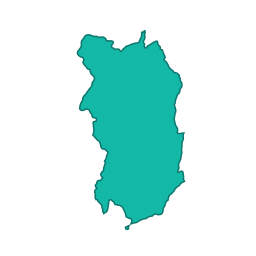 the district of Itinga, Minas Gerais, Brazil, rotated 15°
{"feature_id": "56859067B30106528147122", "entity_name": "Itinga", "entity_type": "district", "adm_level": 2, "iso_a3": "BRA", "parent_name": "Brazil", "parent_adm1": "Minas Gerais", "projection": "equal_earth", "projection_center": [-41.85, -16.599], "detail": "fine", "context": "isolated", "style": "filled", "palette": "teal", "viewbox_px": 256, "rotation_deg": 15, "n_neighbors": 0, "source": "geoboundaries", "source_scale": "gbopen_adm2", "svg_char_len": 5821}
<svg xmlns="http://www.w3.org/2000/svg" viewBox="0 0 256 256"><g transform="rotate(15 128 128)"><path d="M155.6,219.9L156.6,219.3L157.7,218.5L158.6,218.0L159.7,217.6L161.0,216.8L161.9,215.9L162.6,214.9L163.4,214.2L164.3,213.5L165.1,212.8L165.9,212.2L168.2,211.0L169.1,210.7L170.0,209.3L171.3,208.1L172.3,207.6L173.1,207.2L174.1,206.9L174.8,205.9L175.5,204.6L176.6,204.1L177.6,203.9L179.0,204.0L180.1,203.9L180.9,203.4L181.7,203.1L182.5,202.5L183.1,201.4L183.3,199.8L183.2,198.5L182.8,197.2L183.0,196.1L183.3,194.7L183.7,193.7L183.6,192.4L183.7,190.6L184.0,189.2L184.6,188.3L185.4,187.3L185.1,185.9L185.3,184.1L185.1,182.6L186.1,181.5L187.8,178.8L188.5,177.4L189.0,176.0L189.3,174.5L190.0,173.3L190.8,172.0L191.9,170.9L192.7,169.6L193.2,168.1L194.1,166.9L195.4,165.8L196.4,164.9L195.3,163.8L194.7,162.6L194.4,160.9L193.8,159.4L193.1,157.7L192.5,156.4L191.5,155.7L190.5,155.9L189.7,156.6L188.5,157.7L187.5,157.9L187.1,156.9L187.5,155.6L187.7,154.2L187.3,152.9L186.3,150.4L186.3,149.2L186.4,148.1L186.7,146.7L186.7,145.3L187.0,144.0L186.5,141.6L186.5,140.0L186.4,137.9L186.0,136.7L185.0,134.3L185.1,133.2L184.8,131.8L184.5,130.3L184.2,129.2L184.0,127.8L184.1,126.2L184.3,124.7L184.1,123.4L183.6,122.2L183.2,120.9L183.0,119.5L183.3,118.4L182.4,118.6L181.4,119.0L180.5,119.6L179.7,120.0L177.6,120.2L176.8,119.9L176.5,117.0L176.0,115.8L174.0,113.7L173.0,112.8L172.4,111.4L171.6,110.5L171.3,109.3L170.5,108.2L170.0,105.2L169.9,103.4L169.6,101.8L169.9,100.9L169.8,99.6L169.4,98.1L168.6,96.7L168.1,95.8L167.5,94.9L166.8,93.8L166.9,92.5L167.1,91.2L166.8,89.5L166.6,88.3L166.9,87.1L166.9,85.7L167.1,84.2L167.3,82.7L167.9,81.8L168.4,80.8L168.6,79.7L168.4,78.6L168.2,77.2L169.2,74.6L169.1,73.1L168.8,71.8L168.2,70.6L167.4,69.7L166.4,69.1L165.8,67.0L165.0,65.9L164.1,65.2L164.0,63.8L163.2,63.5L162.2,62.8L161.2,62.4L160.2,62.3L159.0,62.3L158.2,62.6L156.8,61.2L155.6,60.8L154.7,60.3L153.7,59.9L152.6,59.2L151.6,58.4L150.9,57.4L150.1,56.4L147.8,54.2L146.9,53.8L145.8,53.4L144.9,52.6L145.4,51.3L145.6,50.3L145.0,49.1L144.0,48.0L143.3,47.1L142.7,46.4L142.1,45.6L141.6,44.8L141.0,43.7L140.0,43.8L138.8,43.5L138.4,41.7L137.7,41.0L136.8,40.5L135.9,39.9L135.1,39.0L134.5,37.8L133.8,36.7L132.6,36.9L131.8,37.7L130.8,38.3L130.2,39.1L129.4,39.9L128.4,40.9L127.5,42.1L126.6,42.9L125.7,43.6L125.3,44.5L125.0,45.8L124.2,46.2L123.2,45.9L122.5,44.6L122.4,43.2L122.0,42.2L121.2,41.9L120.6,41.2L120.5,40.0L120.9,38.5L121.0,36.8L120.6,35.5L120.2,34.4L119.8,33.3L119.9,31.9L119.6,30.5L119.1,29.7L118.4,30.2L118.3,31.4L117.4,31.6L116.4,32.0L116.9,33.1L117.0,34.2L117.2,35.4L117.3,36.9L116.9,38.5L116.7,40.0L116.6,41.4L116.1,42.5L115.4,43.3L113.1,44.1L112.4,44.6L111.5,45.1L110.6,45.7L109.8,46.1L109.1,46.8L108.1,47.6L106.9,48.4L106.0,49.0L105.2,49.5L104.6,50.2L103.9,51.7L102.9,52.8L102.5,54.3L101.7,55.7L100.8,55.9L100.1,55.2L99.4,54.5L98.6,54.3L97.6,54.5L96.4,54.7L95.7,55.2L94.8,55.5L93.8,54.7L92.8,54.7L91.8,54.6L91.0,53.5L90.8,52.3L91.2,51.2L91.6,50.0L91.7,48.9L90.8,48.2L89.9,48.2L88.9,48.3L87.5,48.7L86.2,49.0L84.9,49.4L83.9,48.2L83.0,47.3L82.0,47.0L81.0,46.6L79.9,46.7L79.1,47.0L78.4,47.4L76.5,47.9L75.1,47.8L74.0,47.7L72.8,47.9L71.7,48.3L69.9,48.3L69.0,48.2L68.0,48.0L66.7,48.0L65.7,48.4L64.6,48.6L63.7,49.1L62.6,50.5L62.2,52.1L61.5,53.6L61.0,55.0L60.6,56.5L60.9,58.1L61.4,59.3L61.6,60.8L61.5,62.4L61.0,63.9L60.4,65.1L60.0,66.2L59.8,67.3L59.6,68.6L60.6,70.1L61.7,70.7L63.0,71.3L64.0,71.5L65.1,71.5L66.3,71.8L67.0,72.4L67.6,73.2L67.6,74.6L67.5,76.3L68.4,77.4L70.3,78.9L71.3,79.4L72.1,79.9L72.7,80.6L73.6,81.3L74.8,81.5L75.8,81.5L76.5,82.3L77.2,83.7L78.0,85.0L79.2,85.8L80.3,86.4L81.2,86.8L82.2,87.5L82.7,88.5L82.8,89.8L82.6,91.0L82.2,92.2L81.8,93.3L81.8,94.7L82.0,96.0L81.9,97.4L81.5,98.5L80.9,99.7L80.3,101.0L79.9,102.1L79.5,103.2L79.1,104.2L78.6,105.8L77.8,107.4L77.1,108.5L76.8,109.6L76.7,111.2L76.9,113.2L76.4,115.0L76.0,116.7L75.9,118.0L76.1,120.5L76.3,121.9L77.0,122.5L78.4,123.1L79.6,122.7L80.7,122.3L81.7,121.3L82.5,120.5L83.6,120.4L84.7,120.4L85.6,120.6L86.4,121.4L87.1,122.3L87.8,123.0L88.9,123.6L89.7,124.8L90.3,125.8L90.8,126.6L91.5,127.0L92.6,126.9L94.1,126.7L95.1,127.0L95.4,128.5L95.3,129.7L94.3,130.3L93.1,130.8L92.9,132.0L93.4,132.9L93.8,133.9L94.2,135.4L94.9,137.0L95.5,138.5L95.9,140.0L96.0,141.9L95.8,143.2L96.2,144.3L97.3,144.6L98.5,145.7L99.7,146.3L100.5,146.9L101.5,147.5L102.4,147.9L103.3,148.0L104.0,148.8L104.7,149.7L105.4,150.4L105.9,151.4L106.4,152.6L107.3,153.9L108.2,154.6L109.4,154.8L110.6,154.6L111.9,154.6L113.4,155.8L114.4,156.1L115.1,157.6L114.7,159.3L114.6,160.7L114.7,161.8L114.8,163.1L114.4,164.7L113.9,166.1L114.6,166.9L115.4,167.5L114.9,169.6L115.1,171.3L114.8,172.8L115.3,174.6L115.1,176.0L114.4,176.9L114.0,177.9L113.7,179.0L113.7,180.2L114.5,181.1L115.3,181.9L116.5,182.6L116.1,183.7L115.4,184.5L115.0,185.7L114.1,186.1L113.1,186.3L112.2,187.2L112.0,188.5L112.2,189.7L111.5,191.0L111.4,192.3L112.3,193.5L113.3,193.7L113.2,194.9L112.5,196.0L112.2,197.1L112.3,198.5L113.1,199.5L113.7,200.6L113.7,201.8L114.2,202.8L114.5,204.3L115.7,205.5L116.5,205.1L117.3,205.5L117.8,206.4L118.7,206.9L119.7,207.6L120.7,208.1L121.6,208.8L122.6,209.4L123.2,210.5L123.5,211.8L124.2,212.6L124.9,213.6L125.1,215.1L126.1,216.0L126.8,216.9L127.5,216.0L128.2,215.3L128.9,214.5L129.2,213.4L129.4,211.9L129.2,210.4L129.1,208.9L129.0,207.1L128.7,205.8L128.6,204.6L128.5,203.5L128.7,202.2L129.9,201.8L130.8,202.0L131.6,202.3L132.3,202.7L133.3,203.0L134.3,204.2L135.3,205.3L136.6,205.0L137.5,205.1L138.4,205.2L139.2,204.9L140.1,204.9L141.1,205.2L142.6,205.5L143.9,206.7L145.6,208.7L146.4,209.7L147.2,210.5L147.8,211.5L148.4,212.8L149.3,214.3L151.2,214.7L152.4,214.9L153.5,215.0L154.5,214.9L155.4,215.8L155.8,216.9L155.8,218.3L155.6,219.9ZM154.6,225.3L154.0,223.9L154.4,222.0L153.6,222.4L153.0,223.1L152.2,223.7L151.2,224.6L152.0,226.0L153.1,226.3L153.9,226.0L154.6,225.3Z" fill="#14b8a6" stroke="#0f766e" stroke-width="1.5"/></g></svg>